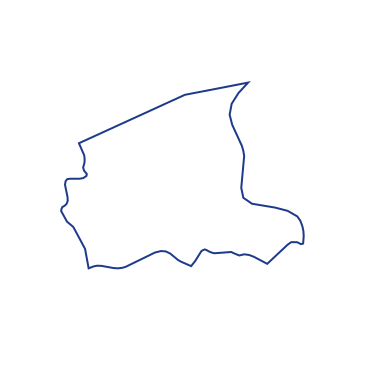 the Province of An Giang, rotated 125°
{"feature_id": "VNM-498", "entity_name": "An Giang", "entity_type": "Province", "adm_level": 1, "iso_a3": "VNM", "parent_name": "Vietnam", "parent_adm1": "", "projection": "robinson", "projection_center": [105.251, 10.573], "detail": "fine", "context": "isolated", "style": "outline", "palette": "blue", "viewbox_px": 384, "rotation_deg": 125, "n_neighbors": 0, "source": "natural_earth", "source_scale": "10m", "svg_char_len": 1122}
<svg xmlns="http://www.w3.org/2000/svg" viewBox="0 0 384 384"><g transform="rotate(125 192 192)"><path d="M170.5,71.4L172.2,72.8L172.8,77.0L176.1,81.9L180.1,83.4L207.7,89.2L209.6,104.2L210.8,109.0L213.0,113.4L216.9,116.9L218.3,123.2L218.6,125.4L229.4,138.6L230.4,141.4L231.0,144.2L231.2,146.5L231.7,148.6L233.6,149.8L235.1,150.4L246.8,149.8L253.2,150.2L255.4,161.1L255.7,164.6L254.9,174.5L255.7,179.4L258.2,183.6L262.8,187.6L291.5,203.5L294.5,206.0L297.1,209.0L299.3,212.7L304.5,223.9L306.7,227.3L309.1,229.7L313.8,232.9L299.9,247.0L290.0,266.6L288.7,269.3L288.0,277.3L282.7,288.2L281.0,289.1L278.8,289.6L276.4,288.5L273.8,287.9L270.4,288.8L267.3,291.3L258.9,300.2L255.5,301.8L252.9,301.5L250.8,299.1L245.6,291.7L242.9,289.0L239.3,287.7L237.6,288.5L236.4,292.7L234.4,295.2L229.4,297.0L226.4,299.0L223.8,301.3L216.9,312.6L116.5,253.6L70.2,208.8L84.2,210.7L97.0,210.1L107.1,205.5L113.9,197.6L125.6,177.6L128.9,173.5L132.6,169.9L160.4,154.0L167.3,146.6L167.2,136.1L157.1,115.0L152.6,102.9L151.6,91.7L153.5,86.6L156.7,82.0L159.3,79.2L160.5,78.0L164.2,75.1L170.5,71.4Z" fill="none" stroke="#1e3a8a" stroke-width="2"/></g></svg>